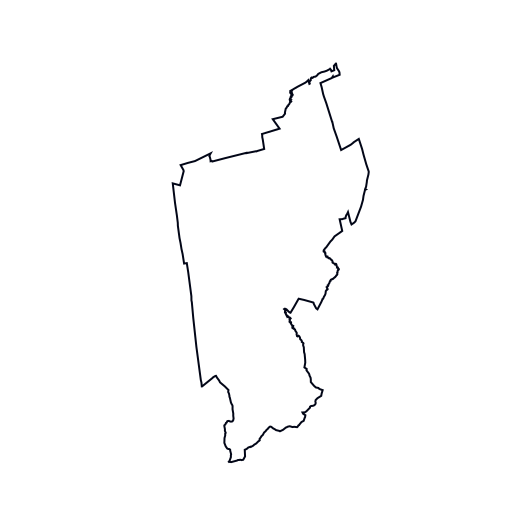 the district of Brusturi, Neamt, Romania, rotated 285°
{"feature_id": "2599482B56191304093915", "entity_name": "Brusturi", "entity_type": "district", "adm_level": 2, "iso_a3": "ROU", "parent_name": "Romania", "parent_adm1": "Neamt", "projection": "natural_earth1", "projection_center": [26.327, 47.289], "detail": "fine", "context": "isolated", "style": "outline", "palette": "ink", "viewbox_px": 512, "rotation_deg": 285, "n_neighbors": 0, "source": "geoboundaries", "source_scale": "gbopen_adm2", "svg_char_len": 6063}
<svg xmlns="http://www.w3.org/2000/svg" viewBox="0 0 512 512"><g transform="rotate(285 256 256)"><path d="M324.3,159.7L320.2,163.7L319.2,164.2L304.6,164.3L304.6,156.8L286.4,164.0L274.4,169.2L267.7,171.9L265.0,172.7L253.5,177.5L248.9,179.8L243.5,182.2L238.9,184.6L230.1,188.5L231.2,191.0L223.1,194.6L200.4,204.0L196.5,205.1L194.7,206.0L180.0,211.4L152.9,221.9L121.9,234.8L119.7,236.0L116.0,237.4L116.1,237.7L116.4,237.9L127.0,245.6L127.8,246.0L129.6,247.8L129.9,248.4L128.5,249.7L126.2,252.6L124.6,254.0L122.0,259.6L119.4,264.1L117.5,264.3L116.1,265.5L114.1,266.5L113.1,266.8L112.4,267.4L108.2,269.6L107.1,270.4L105.7,271.8L105.0,272.2L101.9,273.0L98.0,274.8L95.7,275.4L93.3,276.4L91.6,276.5L90.3,276.1L90.0,275.8L89.5,274.6L89.5,273.2L89.7,272.5L89.1,271.1L87.4,270.7L87.0,270.2L85.3,270.0L84.6,269.4L83.8,269.3L80.7,270.8L79.1,271.2L77.3,272.5L76.5,272.2L74.7,272.7L72.0,272.7L67.3,273.8L64.3,276.0L62.6,278.0L62.4,279.2L62.6,280.0L62.3,281.1L61.2,281.5L58.0,283.3L57.0,283.3L55.2,283.8L52.9,283.6L51.4,283.5L49.4,282.6L50.0,283.0L50.3,283.6L50.5,285.4L53.5,290.6L54.3,291.4L54.7,292.8L55.1,293.3L55.1,294.9L55.9,296.4L59.6,297.3L65.9,295.3L67.3,297.0L69.0,298.1L70.4,300.1L70.2,300.4L72.1,302.4L73.3,303.1L74.9,304.7L77.7,306.3L78.4,307.0L79.1,307.3L79.5,307.0L80.2,306.8L82.2,307.6L83.2,307.8L84.9,308.9L87.6,309.5L89.2,310.6L90.8,311.2L92.0,312.1L92.7,312.3L94.6,313.4L95.0,314.3L94.9,315.1L93.9,317.2L93.9,317.6L93.7,318.1L93.6,318.8L93.0,320.4L93.1,323.7L92.9,324.5L95.1,327.1L98.1,329.3L98.5,330.0L99.2,330.6L100.2,332.4L100.3,333.3L100.2,335.5L100.9,337.1L101.3,340.0L101.7,340.3L103.5,340.9L103.8,341.4L104.8,341.7L107.4,342.9L109.1,344.7L112.3,344.9L113.0,345.1L115.0,344.9L115.8,342.4L116.9,341.4L117.6,343.6L118.9,344.8L123.5,347.4L124.3,347.2L125.0,347.6L125.5,348.3L125.9,349.5L126.5,350.5L127.8,351.5L128.4,351.7L129.5,351.7L130.8,351.0L132.3,350.9L134.6,352.2L137.8,355.2L140.0,355.0L143.7,355.1L143.9,352.2L144.2,351.1L144.7,350.5L144.5,347.9L145.6,345.7L148.4,341.6L151.2,340.8L152.6,340.2L154.4,338.6L155.3,338.2L156.1,337.6L158.6,334.4L160.0,334.2L160.9,331.6L165.7,331.2L168.3,330.4L173.8,328.4L175.6,327.3L180.2,325.8L181.8,324.7L182.9,324.4L183.8,324.5L184.2,324.2L184.8,322.5L185.5,322.4L186.1,321.9L186.5,321.5L187.0,320.3L188.7,319.5L189.7,318.5L190.0,317.7L189.1,317.0L189.2,316.4L191.0,315.4L191.7,315.4L192.5,315.1L194.0,313.3L195.0,312.8L195.3,311.7L195.8,311.6L195.8,311.1L196.4,310.4L196.3,310.1L195.9,309.9L196.0,309.7L197.4,309.4L197.6,310.1L198.1,310.1L198.2,309.6L198.0,309.1L198.6,308.6L198.8,308.2L200.1,306.9L200.8,307.1L201.1,306.9L200.8,306.0L201.1,305.4L201.8,305.3L202.7,305.4L203.5,305.0L204.7,305.6L204.9,305.3L204.2,304.6L205.3,304.3L205.4,303.2L205.8,303.0L206.0,302.7L205.9,302.4L205.5,302.1L206.2,301.7L205.9,301.4L207.7,299.8L208.8,299.6L208.8,298.7L209.1,298.5L209.9,298.4L210.7,298.8L210.8,298.3L211.5,297.8L212.0,296.9L212.5,297.3L212.6,297.8L212.4,299.2L210.8,301.8L210.1,303.5L210.1,304.0L216.3,305.8L225.2,308.1L225.8,308.3L225.8,308.6L226.0,313.9L225.9,323.4L225.8,323.6L224.5,324.4L221.6,327.1L221.0,327.7L220.4,329.2L228.5,331.0L231.1,331.4L231.4,331.3L232.1,331.9L234.4,332.2L235.9,332.7L237.6,332.9L240.2,332.5L241.9,333.2L242.0,333.6L242.5,333.8L242.8,333.6L243.3,333.0L244.2,332.3L244.8,332.9L245.4,332.9L245.6,333.2L246.2,333.0L246.3,333.4L246.6,333.4L248.0,333.5L249.0,333.9L250.8,333.9L251.3,334.5L252.4,334.4L253.7,335.9L253.6,336.1L254.2,336.6L255.2,337.1L255.8,337.7L256.0,337.7L256.1,337.9L257.4,338.5L257.9,338.5L258.4,339.0L259.6,339.3L260.7,338.7L261.4,339.0L262.4,338.7L263.2,338.8L264.0,339.3L264.5,339.5L264.9,339.3L264.9,338.6L265.6,338.4L266.1,338.0L265.9,337.3L266.3,337.3L266.6,336.9L268.8,335.7L269.1,335.3L269.1,335.1L268.7,334.9L268.2,335.2L268.1,334.7L268.8,334.0L269.2,332.3L269.5,331.6L270.3,331.5L271.5,330.6L271.6,329.9L272.1,329.4L272.3,328.6L272.8,328.2L273.0,327.2L272.7,326.8L273.1,326.2L273.1,325.4L273.8,325.2L273.7,324.9L273.9,324.7L273.5,324.0L274.4,323.2L276.0,322.3L276.4,322.4L276.9,322.2L277.0,321.7L278.0,321.2L277.7,320.5L277.8,320.2L278.4,320.2L278.9,319.9L279.3,320.0L281.5,320.9L282.6,321.6L289.2,324.1L291.5,325.4L295.3,326.8L302.5,332.8L313.1,327.3L314.0,330.0L314.7,330.8L315.1,331.7L315.7,332.7L316.6,332.5L318.7,332.6L320.0,333.1L322.2,333.5L313.4,338.4L311.2,340.1L313.5,342.1L315.2,343.1L330.8,344.7L337.9,344.8L341.9,344.3L347.6,344.2L348.2,344.3L348.7,344.9L348.9,344.1L351.4,344.4L356.1,343.9L357.7,343.6L363.7,343.5L366.1,343.2L366.8,343.0L373.1,338.8L381.6,333.7L386.8,330.8L395.7,325.0L391.0,320.8L390.8,320.8L388.1,318.8L380.4,310.8L392.1,303.1L399.5,298.0L405.3,295.0L405.3,294.8L421.7,284.4L427.8,280.2L429.9,278.9L436.1,275.7L439.7,273.5L447.5,283.1L449.5,283.8L448.6,284.4L452.7,289.9L454.7,289.2L455.4,288.8L456.1,288.2L458.4,285.6L459.6,284.9L462.6,283.5L462.6,283.4L462.3,283.2L459.8,282.0L455.7,283.5L453.9,281.1L455.3,280.1L456.0,279.1L455.6,278.9L453.2,276.3L451.9,274.4L450.4,271.6L448.0,269.0L446.3,268.3L444.7,267.1L443.9,265.3L442.6,264.5L442.5,264.1L442.8,263.6L442.4,263.2L440.9,263.0L440.1,263.4L437.9,262.4L436.4,263.3L436.1,263.0L439.4,261.0L437.3,259.7L436.1,258.7L430.3,252.4L425.8,247.9L425.2,248.1L424.4,247.8L424.3,247.5L424.7,246.8L424.4,246.4L422.9,246.7L423.3,247.4L422.6,247.6L422.9,248.0L422.7,248.3L422.7,248.6L422.4,248.7L421.9,248.6L421.6,249.3L420.5,248.4L420.2,248.5L420.1,249.0L419.8,248.6L419.4,248.5L419.5,249.0L419.4,249.2L418.8,249.2L417.9,248.4L416.9,248.8L416.9,248.7L417.0,248.3L416.8,248.1L416.0,248.0L415.2,248.4L415.2,248.5L415.9,249.0L415.8,249.5L414.6,249.0L414.2,249.3L414.1,249.9L413.9,249.8L413.7,249.0L412.3,249.0L411.0,248.7L410.5,248.2L409.2,248.1L408.8,247.5L406.9,247.1L406.1,246.6L402.1,246.8L401.0,247.2L397.4,245.7L392.5,236.8L385.1,245.8L375.4,230.2L373.8,230.9L372.6,231.2L370.0,232.5L361.5,236.2L357.6,229.8L357.2,229.5L357.1,228.7L352.9,220.2L353.2,220.1L342.5,200.8L336.0,189.4L336.3,189.2L336.3,188.1L335.9,187.6L337.1,187.2L339.3,186.0L339.8,185.7L340.2,185.2L341.8,185.2L343.4,185.6L331.9,172.5L328.4,166.3L324.3,159.7Z" fill="none" stroke="#020617" stroke-width="2"/></g></svg>